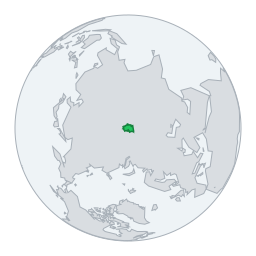 the Earth from above Altay, rotated 195°
{"feature_id": "RUS-2399", "entity_name": "Altay", "entity_type": "Territory", "adm_level": 1, "iso_a3": "RUS", "parent_name": "Russia", "parent_adm1": "", "projection": "orthographic", "projection_center": [83.175, 52.561], "detail": "coarse", "context": "on_globe", "style": "filled", "palette": "green", "viewbox_px": 256, "rotation_deg": 195, "n_neighbors": 0, "source": "natural_earth", "source_scale": "10m", "svg_char_len": 11555}
<svg xmlns="http://www.w3.org/2000/svg" viewBox="0 0 256 256"><g transform="rotate(195 128 128)"><circle cx="128" cy="128" r="113" fill="#eef3f6" stroke="#a8b0b8"/><path d="M165.6,21.8L167.8,23.2L163.1,24.2L161.3,23.0L160.4,23.6L162.6,25.3L164.2,26.3L164.0,32.3L170.2,40.4L175.2,42.8L171.7,42.6L183.4,47.5L188.8,52.8L180.8,46.9L178.5,46.4L181.1,50.0L179.3,50.3L179.6,52.3L177.2,52.4L172.7,49.2L171.1,49.3L173.1,51.9L172.0,53.8L169.3,50.0L167.0,53.0L159.1,48.7L153.9,39.3L147.6,37.9L137.0,31.2L136.1,32.3L131.5,30.8L128.6,31.6L127.5,30.3L126.2,32.1L127.8,33.2L127.7,34.4L126.2,35.0L124.5,33.4L125.0,32.8L123.7,32.7L123.5,31.7L122.7,32.6L120.8,30.7L120.4,33.5L117.0,32.9L116.3,31.4L119.4,30.3L125.5,24.7L125.8,23.2L123.2,22.1L111.8,22.3L110.9,21.4L107.5,21.0L106.6,22.0L109.0,22.7L106.5,24.6L109.7,25.4L109.1,26.4L111.2,28.0L107.7,29.2L103.1,29.6L101.1,28.4L99.1,28.7L98.3,31.1L92.2,30.4L83.7,32.8L82.5,32.6L84.9,29.6L91.5,26.0L94.6,22.9L89.3,26.5L86.3,26.3L84.4,27.0L82.7,28.0L82.5,28.8L80.8,29.1L85.4,25.5L87.0,25.1L85.5,26.2L88.6,24.7L91.7,22.6L90.0,22.9L96.4,20.1L95.3,20.4L96.0,20.0L97.4,19.8L95.0,20.3L102.7,18.2L110.6,16.7L118.5,15.8L126.4,15.4L134.4,15.5L142.3,16.3L150.2,17.6L158.0,19.4L165.6,21.8ZM219.3,62.1L219.0,61.6L219.5,62.3L219.3,62.1ZM220.0,63.1L219.6,62.5L220.0,63.1ZM220.8,64.3L221.0,64.6L220.5,63.9L220.8,64.3ZM165.3,26.7L162.8,25.3L161.5,23.8L163.8,24.9L165.3,26.7ZM167.4,30.3L165.8,29.5L167.0,28.6L167.6,29.3L167.4,30.3ZM179.3,44.7L177.6,42.9L179.9,44.5L179.3,44.7ZM180.1,52.5L181.1,53.0L180.8,53.8L180.1,52.5ZM113.0,27.3L112.1,27.6L112.2,27.1L113.0,27.3ZM114.8,27.7L115.5,26.9L116.4,27.0L116.0,27.4L114.8,27.7ZM176.9,54.9L176.0,56.3L176.1,54.3L176.9,54.9ZM113.7,28.7L118.0,27.2L119.6,27.4L119.2,29.5L113.7,28.7ZM175.1,56.7L173.2,60.3L175.3,61.5L168.1,60.3L172.1,57.5L171.9,54.9L173.4,56.5L175.1,56.7ZM128.9,33.2L127.2,32.1L130.1,32.5L128.9,33.2ZM130.8,33.2L139.7,32.9L141.5,35.0L138.2,34.6L141.7,36.9L138.2,38.0L135.5,37.0L135.0,35.4L134.0,37.1L130.8,33.2ZM164.5,59.2L163.4,59.6L163.7,58.5L164.5,59.2ZM127.9,34.9L129.6,34.6L131.3,36.3L128.3,37.2L128.7,36.4L127.9,34.9ZM144.3,37.1L145.0,38.6L142.4,39.9L142.4,40.7L138.3,38.3L144.3,37.1ZM127.5,36.3L126.8,37.7L124.6,37.5L126.4,35.3L127.5,36.3ZM133.0,36.4L133.6,37.3L132.3,37.1L133.0,36.4ZM116.3,37.9L118.2,37.3L119.3,38.1L116.3,37.9ZM126.6,38.2L127.4,38.3L128.0,38.6L127.0,39.5L126.6,38.2ZM136.7,39.4L135.5,39.7L138.2,40.5L136.4,41.6L134.0,39.8L134.2,41.0L133.7,41.4L132.4,39.6L136.7,39.4ZM128.0,41.4L124.3,39.6L120.5,40.4L119.4,39.6L125.7,38.6L128.0,41.4ZM130.7,40.4L128.8,40.8L128.4,39.6L129.5,38.6L130.7,40.4ZM136.0,43.1L139.5,41.8L139.9,42.2L136.0,43.1ZM126.9,41.8L127.8,42.2L126.7,42.0L126.9,41.8ZM133.3,42.9L134.4,42.4L134.9,42.9L133.3,42.9ZM128.7,43.6L127.5,43.0L128.2,42.2L128.7,43.6ZM130.8,43.4L131.2,44.3L129.2,42.3L131.3,43.1L130.8,43.4ZM133.5,43.5L134.1,43.6L132.9,43.6L133.5,43.5ZM126.7,46.8L124.0,44.5L125.6,42.8L128.0,45.2L126.7,46.8ZM25.1,173.9L24.8,172.9L23.4,168.5L19.5,153.4L20.2,149.9L19.7,145.9L18.4,142.6L18.1,137.7L17.6,135.2L15.7,121.0L16.6,112.3L21.0,94.4L22.4,92.9L25.1,87.9L36.6,89.1L36.2,94.5L42.1,106.5L42.3,108.9L38.6,111.9L40.5,127.2L44.7,126.6L49.5,137.7L54.7,142.7L61.9,136.0L53.5,127.7L55.1,122.1L64.2,125.2L72.0,132.6L72.9,130.7L70.5,122.7L74.8,121.3L69.9,119.7L70.0,122.7L67.0,121.8L66.7,119.1L68.3,118.7L66.6,115.7L59.6,119.0L59.0,122.3L53.1,117.3L51.5,122.5L49.0,122.6L50.9,113.9L52.7,112.1L54.1,100.3L51.7,101.7L50.2,113.0L49.5,110.9L46.2,113.3L48.2,109.9L50.5,97.4L47.0,92.5L38.0,93.0L36.8,89.6L37.9,84.3L45.7,78.3L47.4,86.5L50.2,84.8L53.7,78.9L53.9,82.0L55.5,80.6L56.5,83.6L61.7,84.0L63.3,86.6L69.0,83.4L70.6,84.4L66.8,86.0L65.0,88.6L69.3,95.5L71.3,95.8L74.6,93.2L75.4,95.6L78.1,92.2L82.4,94.9L79.4,88.9L83.3,86.0L87.9,86.0L88.6,84.0L81.1,84.2L78.6,85.3L77.3,87.9L70.1,90.4L67.7,88.9L73.3,82.4L70.7,79.6L76.2,76.2L93.1,77.3L98.2,79.7L99.0,90.2L95.7,91.3L93.8,87.9L92.2,93.8L93.9,92.0L94.6,94.1L98.5,92.1L99.1,93.5L101.7,89.4L102.9,90.9L101.3,93.5L108.0,92.2L111.6,94.8L112.8,93.9L113.1,92.2L117.4,96.8L118.1,95.9L116.9,94.0L117.6,91.1L120.5,87.9L121.8,89.7L120.9,91.1L121.2,96.8L118.7,100.4L119.5,100.9L122.0,98.1L121.7,91.1L123.1,88.7L123.7,91.9L123.6,90.5L124.7,89.9L127.0,91.0L126.5,87.4L136.7,78.9L142.2,80.4L141.6,84.0L150.1,80.6L155.6,83.0L154.5,81.2L157.9,78.7L156.2,77.8L155.9,76.8L163.8,70.5L166.7,70.5L168.8,66.2L168.3,65.4L166.3,65.1L168.1,60.3L175.3,61.5L176.2,63.3L180.1,63.0L181.5,67.4L184.5,71.0L183.7,76.3L186.2,78.9L187.4,78.5L191.6,81.9L196.0,90.6L187.0,85.3L179.3,73.5L182.0,78.3L179.7,77.8L179.7,80.0L181.7,83.5L182.9,83.5L177.7,93.0L179.2,103.9L183.1,101.2L186.6,102.7L191.8,113.9L188.5,133.4L193.2,136.5L194.2,139.6L191.8,143.0L190.2,138.6L186.8,138.4L186.3,135.5L181.8,139.9L180.9,136.0L177.9,141.6L180.2,144.0L184.5,141.4L182.3,148.2L188.0,151.4L189.8,157.3L184.1,170.9L176.6,176.8L176.4,178.7L172.8,177.8L168.9,182.5L176.3,190.2L176.4,192.9L169.7,199.8L169.4,197.9L159.9,195.4L158.7,201.8L166.0,205.2L168.5,209.9L163.2,209.6L160.6,205.3L157.2,204.2L157.7,198.9L154.1,191.1L148.7,193.5L148.7,189.9L142.9,183.1L134.9,185.9L122.6,195.2L121.6,203.5L117.0,206.7L109.9,193.9L108.8,185.0L104.9,185.1L98.6,175.9L83.9,170.8L83.0,167.9L80.0,167.8L75.7,163.3L74.9,158.4L71.8,157.1L74.4,169.9L77.9,171.3L82.5,169.1L82.4,173.0L86.7,178.0L77.7,183.2L57.8,180.2L57.9,173.3L53.5,148.0L54.8,146.4L54.9,146.1L54.9,145.6L52.4,147.9L52.3,143.0L52.5,159.6L51.6,165.3L57.5,180.4L56.4,180.7L58.9,184.4L69.5,187.9L69.1,189.8L62.9,195.6L50.1,197.7L53.0,205.4L54.1,209.7L48.8,207.1L51.9,210.9L49.6,208.9L49.7,209.0L43.7,202.7L38.3,196.1L33.3,189.0L28.9,181.6L25.1,173.9ZM29.4,92.4L28.3,93.7L29.4,92.4ZM78.1,145.0L84.2,148.8L85.1,141.6L87.5,142.5L86.9,139.8L85.1,141.1L84.3,134.0L88.2,133.8L89.3,130.9L87.3,129.6L80.3,131.1L81.5,141.1L78.5,142.6L78.1,145.0ZM86.0,26.5L85.6,26.8L83.7,27.8L84.3,27.2L86.0,26.5ZM77.1,33.4L74.5,33.9L76.8,33.0L77.1,32.2L82.1,29.6L82.2,32.4L81.2,31.5L77.1,33.4ZM88.9,27.1L85.7,28.3L89.2,26.9L88.9,27.1ZM63.6,71.2L62.7,73.3L60.5,73.9L58.5,71.1L61.7,70.1L63.6,71.2ZM61.9,76.2L68.0,70.9L69.5,72.6L67.6,72.5L68.0,74.2L65.1,74.5L60.6,81.5L58.3,82.6L55.8,76.5L57.9,77.8L58.7,75.5L61.9,76.2ZM81.0,56.3L83.6,54.5L83.4,60.4L81.0,61.4L78.8,58.5L80.5,55.7L81.0,56.3ZM112.1,32.9L113.1,32.2L113.6,32.6L113.1,33.5L112.1,32.9ZM117.1,37.5L108.1,36.4L108.8,35.5L102.6,36.2L102.1,34.2L106.1,33.8L101.2,32.9L104.6,31.7L101.0,31.4L110.0,30.6L112.8,29.7L109.8,31.5L110.2,33.3L111.2,33.9L116.3,34.7L122.7,33.8L124.0,35.7L123.3,37.3L122.0,37.8L121.5,36.3L120.1,38.0L118.4,36.4L117.1,37.5ZM114.2,57.3L114.2,55.0L111.0,59.0L109.3,57.0L109.0,57.6L106.6,57.0L103.2,57.2L102.8,56.1L101.6,56.7L100.0,56.3L98.2,56.8L97.0,55.0L94.8,55.5L95.5,54.4L92.0,55.8L94.0,53.9L92.1,53.4L91.1,55.5L88.8,45.5L86.2,43.0L82.9,42.1L86.9,39.4L92.5,38.7L98.3,39.5L100.2,42.3L101.7,40.7L103.0,41.7L101.3,42.5L104.7,41.8L105.4,42.8L110.6,44.1L115.1,42.6L117.1,43.1L115.7,44.3L118.7,44.0L117.3,46.6L118.7,47.1L118.7,50.2L115.1,52.3L116.9,52.7L117.0,55.3L114.2,57.3ZM126.5,47.7L122.6,50.4L119.7,50.7L120.9,45.1L119.8,44.3L120.5,41.0L124.6,40.7L124.1,41.6L124.5,42.5L123.0,42.3L124.5,43.1L123.8,44.5L124.7,45.6L123.2,46.2L126.5,47.7ZM44.4,109.1L44.9,110.6L46.2,112.3L44.1,114.0L44.4,109.1ZM45.8,100.6L46.6,101.5L44.3,104.4L43.8,103.0L45.8,100.6ZM48.9,99.6L46.8,101.3L47.6,99.5L48.9,99.6ZM67.7,86.7L68.7,87.6L68.0,88.4L66.6,88.8L67.7,86.7ZM104.5,69.6L105.0,68.1L105.7,68.0L108.7,65.4L110.2,66.8L109.0,68.9L104.5,69.6ZM59.4,136.1L56.7,136.3L56.5,134.8L57.4,135.0L59.4,136.1ZM49.2,124.9L50.6,128.6L48.6,125.3L49.2,124.9ZM106.7,70.7L107.7,69.4L107.8,70.9L106.7,70.7ZM111.5,67.7L111.9,69.2L110.7,66.7L111.5,67.7ZM69.3,218.6L67.9,222.4L63.6,219.8L61.0,217.3L60.3,214.1L64.7,215.7L66.4,214.8L69.3,218.6ZM193.0,210.9L195.7,209.6L195.5,210.0L193.0,210.9ZM190.2,211.5L193.4,209.9L189.5,212.4L190.2,211.5ZM194.6,209.3L197.9,207.0L199.3,205.7L199.0,206.4L194.6,209.3ZM187.9,212.6L175.3,217.5L170.2,218.4L171.6,217.0L179.8,214.5L187.9,212.6ZM171.1,217.1L163.2,216.2L151.5,208.5L155.7,208.0L167.7,211.6L167.0,212.7L171.8,213.9L171.1,217.1ZM190.0,204.4L189.2,207.6L182.3,210.3L179.2,211.1L177.0,208.0L178.2,205.6L180.8,204.7L190.5,193.4L193.9,193.6L191.1,198.0L193.9,199.4L190.0,204.4ZM122.1,204.3L125.0,209.1L122.5,209.7L122.1,204.3ZM193.9,186.1L190.3,191.4L193.4,185.1L193.9,186.1ZM195.5,180.6L195.9,182.3L194.2,181.4L195.5,180.6ZM176.7,181.5L174.0,182.8L173.7,181.5L177.0,178.9L176.7,181.5ZM191.1,162.2L191.9,166.4L191.7,168.1L190.0,166.2L191.1,162.2ZM121.1,82.0L115.3,84.1L112.1,86.7L111.9,90.0L109.7,86.4L114.6,82.2L121.1,82.0ZM134.6,79.0L134.7,76.3L136.3,77.1L136.5,77.8L134.6,79.0ZM133.5,77.7L130.6,75.4L131.8,73.6L133.8,75.8L133.5,77.7ZM118.4,72.7L116.6,73.2L116.6,71.9L118.4,72.7ZM178.6,228.6L179.4,228.2L178.8,227.6L180.1,227.0L180.9,225.3L192.8,217.7L201.8,208.7L206.9,205.2L211.6,198.6L216.4,194.4L214.1,198.5L218.0,195.2L223.2,185.5L223.1,188.4L218.2,195.5L212.7,202.2L206.8,208.5L200.3,214.3L193.5,219.7L186.2,224.4L178.6,228.6ZM199.7,207.3L203.7,203.0L205.6,201.5L199.7,207.3ZM236.2,159.4L236.0,160.1L236.1,159.6L236.3,159.0L236.2,159.4ZM236.7,157.5L236.8,157.2L236.8,157.3L236.7,157.5ZM236.0,159.4L236.4,158.4L235.9,159.7L236.0,159.4ZM235.6,160.7L235.1,161.6L235.2,161.3L235.6,160.7ZM228.4,175.2L230.3,174.2L228.3,177.6L226.2,179.3L223.7,184.0L218.6,189.5L220.1,187.0L219.6,185.8L213.8,190.5L212.7,190.2L214.9,187.5L210.8,189.7L215.3,185.4L216.9,186.6L219.4,182.2L223.2,178.7L226.7,175.3L229.1,173.6L228.4,175.2ZM215.0,191.4L215.7,190.7L214.9,192.1L215.0,191.4ZM234.3,162.6L234.9,162.0L234.8,162.5L234.4,163.3L234.3,162.6ZM229.7,172.3L232.4,165.9L233.0,164.9L231.1,170.2L229.7,172.3ZM231.9,165.5L233.0,163.8L233.5,163.9L233.2,164.7L231.9,165.5ZM205.9,196.2L205.7,197.0L204.4,197.3L205.9,196.2ZM207.5,194.6L211.1,192.7L207.1,195.5L207.5,194.6ZM195.8,199.1L197.0,200.4L200.6,197.1L197.8,200.4L200.2,201.9L199.2,203.4L197.0,201.7L195.9,205.5L194.2,206.3L193.5,204.0L195.2,199.6L196.9,197.2L203.4,192.7L195.8,199.1ZM207.5,192.4L206.6,190.9L207.3,188.9L208.3,189.3L207.5,192.4ZM203.3,187.3L200.4,186.1L197.9,188.6L202.6,181.6L204.7,183.9L203.3,187.3ZM200.4,182.4L198.2,184.8L200.3,181.0L200.4,182.4ZM197.5,184.1L196.9,182.2L198.8,181.4L197.5,184.1ZM201.7,181.8L201.6,178.0L202.8,179.5L201.7,181.8ZM195.4,177.9L200.0,179.1L194.5,180.5L193.1,173.5L195.3,172.2L195.4,177.9ZM200.4,139.5L199.2,137.5L200.9,135.7L201.3,137.6L200.4,139.5ZM205.3,128.3L201.0,134.5L197.3,139.7L199.0,139.9L199.2,144.5L196.0,142.1L197.7,135.7L200.7,132.5L200.1,128.8L201.6,124.7L199.5,120.8L199.8,118.1L202.6,120.7L205.3,128.3ZM198.5,119.2L195.5,111.6L199.2,110.0L200.7,111.3L200.5,115.4L198.6,116.0L198.5,119.2ZM195.8,109.3L193.9,109.9L185.4,101.0L184.5,98.8L193.0,104.4L191.6,105.2L193.0,107.8L195.8,109.3ZM164.3,60.4L163.5,59.7L164.7,59.8L164.3,60.4ZM154.9,76.4L154.8,75.1L156.3,75.2L154.9,76.4ZM155.3,71.4L153.7,72.2L154.8,70.6L155.3,71.4ZM150.2,74.2L152.8,72.2L151.1,75.2L150.2,74.2Z" fill="#d9dde1" stroke="#a8b0b8" stroke-width="1"/><path d="M124.1,131.5L121.7,126.3L122.0,126.0L121.9,125.8L122.4,126.0L122.8,125.7L123.7,125.7L125.4,124.4L126.1,125.3L126.5,125.2L126.3,125.5L126.9,125.8L127.2,126.2L128.0,125.0L128.3,125.3L128.5,124.9L129.5,124.9L130.3,124.2L130.6,124.7L131.4,125.1L132.0,126.0L132.5,126.0L132.1,126.5L132.6,126.9L132.5,127.3L132.8,127.7L132.4,127.7L132.2,128.0L132.1,128.3L132.4,128.4L132.3,128.8L131.3,128.9L131.1,129.6L130.8,129.9L129.0,130.8L129.8,131.4L129.7,131.7L129.1,131.8L128.2,131.1L127.4,131.3L127.1,131.6L125.9,131.6L125.8,131.1L125.4,131.1L125.5,130.7L124.9,130.4L124.6,130.6L124.6,131.1L124.1,131.5Z" fill="#22c55e" stroke="#15803d" stroke-width="1.5"/></g></svg>